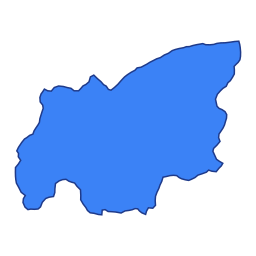 the district of Itatiaiuçu, Minas Gerais, Brazil
{"feature_id": "56859067B98169129353112", "entity_name": "Itatiaiuçu", "entity_type": "district", "adm_level": 2, "iso_a3": "BRA", "parent_name": "Brazil", "parent_adm1": "Minas Gerais", "projection": "mercator", "projection_center": [-44.452, -20.206], "detail": "fine", "context": "isolated", "style": "filled", "palette": "blue", "viewbox_px": 256, "rotation_deg": 0, "n_neighbors": 0, "source": "geoboundaries", "source_scale": "gbopen_adm2", "svg_char_len": 2443}
<svg xmlns="http://www.w3.org/2000/svg" viewBox="0 0 256 256"><path d="M238.8,41.2L234.7,41.5L230.7,42.1L225.0,42.8L220.8,42.9L216.9,43.4L213.8,44.4L209.8,44.8L205.7,44.7L202.8,43.6L200.0,44.1L197.0,44.6L192.9,45.5L189.4,46.6L186.3,46.7L183.6,47.7L179.2,48.5L175.3,49.5L172.2,50.6L168.4,53.3L164.3,55.0L160.4,57.6L156.7,58.8L153.4,60.5L149.8,62.3L146.8,64.2L144.1,65.6L141.1,67.2L137.1,67.9L134.9,70.3L131.1,72.3L127.3,74.8L124.5,77.0L122.5,79.1L120.5,81.3L117.9,84.3L114.3,87.6L111.0,90.2L108.4,89.4L106.2,86.1L103.6,84.7L100.9,81.6L97.5,78.7L93.8,75.1L90.4,76.9L89.0,81.8L86.0,84.4L83.0,85.9L80.7,88.6L78.6,90.8L74.1,90.8L71.0,88.3L67.4,87.6L63.4,86.5L58.6,86.0L54.3,87.5L51.3,91.1L47.7,90.8L44.4,89.1L42.8,91.6L41.1,93.9L39.9,97.5L40.2,101.9L42.7,105.1L43.2,108.3L41.9,112.2L40.8,115.7L39.9,118.7L39.4,122.4L38.0,124.9L36.0,127.8L34.1,130.8L32.9,134.1L29.6,135.4L26.8,137.6L24.5,139.0L21.7,142.5L18.5,147.3L16.8,150.9L18.5,153.4L18.3,156.8L20.7,160.3L18.3,164.1L15.5,167.5L15.4,172.0L15.5,176.3L15.8,179.6L16.4,183.1L18.9,187.7L21.2,192.3L25.3,195.5L23.4,198.7L23.0,202.5L25.0,207.1L27.9,209.6L30.7,209.1L34.4,209.3L38.1,209.0L40.5,206.9L42.3,202.3L45.7,198.5L49.1,197.2L53.5,196.5L54.8,192.6L54.9,188.8L55.5,183.5L59.1,180.9L62.6,179.6L66.0,179.3L68.9,181.2L71.7,182.2L74.6,183.0L77.0,186.3L80.5,189.8L80.8,195.5L80.7,199.8L83.2,204.1L85.9,207.6L87.5,210.5L90.2,212.8L94.0,213.3L98.5,214.5L101.8,214.8L102.2,210.1L105.1,209.6L108.1,211.5L111.6,211.7L115.5,212.0L121.1,213.0L125.1,210.9L129.1,210.4L132.3,209.7L135.0,208.6L137.7,208.8L139.5,211.0L141.8,212.8L145.6,214.4L146.5,211.2L148.4,207.8L152.8,208.2L155.5,205.3L155.2,200.7L155.5,196.3L157.0,192.2L158.8,188.5L160.0,185.0L161.7,181.5L163.0,177.2L166.8,176.4L170.0,175.6L173.4,175.3L176.7,175.6L179.2,177.6L181.6,178.8L185.3,179.8L188.7,180.4L191.4,179.3L194.9,177.6L198.0,175.1L202.0,173.8L206.4,172.2L208.6,170.1L211.8,171.2L216.2,171.7L218.9,168.3L221.3,165.9L222.8,163.3L219.7,161.5L216.5,159.3L214.3,154.4L212.9,151.3L213.6,148.4L216.9,145.2L220.0,141.4L218.6,137.7L219.0,134.0L221.0,131.1L223.1,127.9L224.5,124.9L225.5,121.4L226.5,118.2L226.7,114.6L225.0,111.6L222.0,109.6L219.1,108.4L217.0,106.2L216.3,103.0L215.5,99.1L217.4,94.2L220.4,90.8L223.0,88.3L226.2,86.3L227.9,82.7L230.3,80.7L232.5,77.3L234.3,74.0L234.4,69.9L234.1,66.4L236.1,64.3L238.1,62.4L239.9,59.8L240.5,56.4L240.6,52.1L240.2,47.5L239.7,44.4L238.8,41.2Z" fill="#3b82f6" stroke="#1e3a8a" stroke-width="1.5"/></svg>